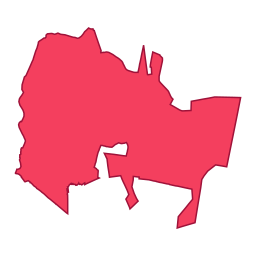 outline of El Oro, México, Mexico
{"feature_id": "50627088B36645453040308", "entity_name": "El Oro", "entity_type": "district", "adm_level": 2, "iso_a3": "MEX", "parent_name": "Mexico", "parent_adm1": "México", "projection": "robinson", "projection_center": [-100.072, 19.796], "detail": "fine", "context": "isolated", "style": "filled", "palette": "rose", "viewbox_px": 256, "rotation_deg": 0, "n_neighbors": 0, "source": "geoboundaries", "source_scale": "gbopen_adm2", "svg_char_len": 5543}
<svg xmlns="http://www.w3.org/2000/svg" viewBox="0 0 256 256"><path d="M240.6,97.6L233.6,97.4L215.3,97.0L215.1,97.0L214.6,97.0L208.5,98.2L203.2,99.1L197.9,100.1L191.3,101.3L191.0,110.5L182.7,110.9L181.4,110.7L179.5,109.9L174.9,107.2L170.2,104.5L173.0,99.2L171.8,98.0L170.9,96.7L170.5,95.9L168.5,91.5L168.1,90.9L167.2,89.9L160.7,83.0L159.4,81.4L159.1,80.3L159.1,76.3L162.3,61.5L162.5,60.0L162.4,58.0L159.6,55.1L159.7,54.9L152.8,52.0L151.5,58.5L150.4,64.8L150.2,67.0L151.3,67.3L151.7,74.1L148.2,74.7L147.5,74.6L145.4,59.2L143.6,45.2L143.2,47.3L143.1,47.8L143.0,48.3L142.8,49.0L142.3,51.6L142.1,52.4L141.5,55.3L141.1,57.5L140.6,59.9L140.0,62.7L139.7,63.7L139.3,66.2L139.0,67.8L138.0,72.4L137.5,72.3L136.1,72.4L135.5,72.4L133.9,72.3L131.5,71.6L130.0,71.1L128.1,70.5L127.1,70.0L126.1,69.2L125.4,68.3L124.1,65.6L123.8,65.0L122.9,63.3L122.8,62.8L122.6,62.4L122.2,61.8L121.6,61.0L120.3,59.9L119.9,59.5L119.6,59.2L118.5,58.4L118.1,58.1L117.5,57.7L116.8,57.3L116.4,57.1L115.3,56.3L112.8,54.5L112.2,54.2L108.8,52.4L106.8,52.0L106.3,52.0L104.8,52.3L103.9,52.5L103.7,52.3L102.4,52.5L101.9,52.6L100.8,52.7L100.7,51.8L101.0,51.3L101.1,50.8L100.9,50.1L100.4,48.7L99.0,44.7L98.0,41.8L97.0,38.8L96.9,38.6L96.0,35.9L95.3,33.8L95.1,33.1L94.9,32.5L94.7,31.9L94.4,31.2L94.3,30.5L93.4,30.3L93.0,28.9L91.8,29.0L90.4,28.9L88.6,28.0L86.4,30.2L84.7,31.7L83.0,34.3L81.3,36.3L78.9,38.0L77.4,38.3L76.1,37.8L75.0,37.4L73.4,37.3L71.6,36.8L65.0,34.8L60.7,34.3L57.9,33.1L54.8,34.3L53.0,33.8L52.0,33.5L50.9,33.5L48.6,33.7L47.5,33.8L46.7,34.4L46.1,35.1L46.0,37.1L45.2,38.0L44.0,38.0L41.9,39.5L39.4,41.1L38.5,42.0L38.4,42.4L38.2,43.8L37.0,48.0L35.7,51.1L34.2,55.9L33.4,58.4L33.2,59.4L31.9,62.2L30.4,65.7L26.0,75.6L24.4,77.0L23.8,79.1L22.1,84.8L21.9,89.5L23.5,92.3L22.8,93.7L22.2,94.6L21.8,95.3L20.3,97.3L19.4,98.9L18.9,101.7L19.9,105.1L21.4,107.5L22.8,109.8L23.5,111.5L24.0,113.3L24.0,116.2L23.0,118.7L21.5,121.6L20.6,121.4L19.2,122.9L18.6,124.8L18.8,125.7L19.2,127.5L22.2,133.7L23.6,136.2L24.4,138.2L25.2,139.8L25.4,141.2L24.5,143.8L22.7,147.9L21.5,147.9L20.9,149.3L21.0,150.3L20.7,152.3L20.8,153.7L20.8,154.1L20.5,154.5L19.8,154.8L19.8,156.2L19.8,156.7L19.7,157.4L20.1,157.9L20.1,158.3L20.0,158.9L19.6,159.3L19.6,160.2L20.5,162.9L20.8,165.3L21.0,166.4L20.3,167.9L19.9,168.5L17.9,169.3L16.9,169.2L16.1,171.5L15.4,173.1L15.7,173.5L16.0,173.6L16.9,173.7L17.6,173.8L18.5,174.1L19.3,174.5L20.9,176.0L21.4,176.5L21.5,176.9L21.3,176.9L21.3,177.1L21.9,177.8L22.7,178.9L23.6,180.0L24.3,181.1L25.0,181.8L27.3,181.0L28.3,180.7L30.3,182.2L30.2,182.6L30.7,182.7L31.8,183.6L33.9,185.9L36.1,187.4L36.7,188.4L38.0,189.2L39.4,190.2L40.9,191.3L41.5,191.9L41.8,192.2L42.5,192.7L44.2,194.0L48.1,197.7L50.1,199.2L51.8,200.6L55.8,203.9L55.9,204.1L56.0,204.3L56.4,204.3L56.6,204.5L58.6,206.2L64.3,211.0L66.3,212.7L67.7,213.7L67.7,211.0L67.7,202.0L67.7,200.4L67.6,194.8L67.3,194.6L67.4,193.6L67.4,193.4L67.5,193.1L67.6,192.5L67.6,192.2L67.5,191.8L67.4,191.8L67.3,191.0L67.1,190.4L67.2,189.8L66.9,188.9L67.4,188.7L67.5,188.5L67.6,189.2L67.9,190.8L68.2,192.0L68.5,192.8L67.9,187.7L67.7,187.3L67.6,186.9L68.2,186.9L69.3,184.9L71.2,183.3L71.9,183.5L71.4,183.9L71.2,184.2L71.2,184.3L72.0,184.4L72.3,184.2L72.4,183.9L72.6,183.8L72.6,184.0L72.8,184.3L73.3,184.2L73.7,184.1L74.0,184.2L74.1,184.5L74.7,184.4L75.3,184.4L75.5,184.5L75.7,184.8L75.8,185.2L76.2,185.1L76.6,185.2L76.9,185.0L77.2,185.0L77.3,184.8L77.9,184.3L78.7,183.5L78.8,183.2L78.9,183.4L79.0,183.7L79.3,184.0L79.4,184.3L79.7,184.4L79.9,184.3L80.2,184.2L80.7,184.2L80.9,184.3L81.1,184.5L81.8,184.9L82.3,184.5L83.4,183.8L83.5,183.6L84.7,182.9L84.8,184.6L86.1,183.9L87.4,183.3L88.7,182.7L89.1,182.5L90.3,182.0L90.8,181.7L91.6,181.4L92.6,180.9L93.7,180.4L94.8,179.9L95.9,179.4L99.2,178.0L97.8,177.3L97.9,175.5L98.0,173.7L98.1,172.3L98.2,171.0L98.1,170.3L96.9,169.5L96.4,168.7L95.4,168.0L94.2,167.3L94.9,165.1L95.1,164.1L95.9,161.9L96.1,160.8L96.6,158.1L97.7,153.7L98.2,152.0L99.0,150.3L99.4,148.9L99.6,148.3L100.0,147.6L100.8,145.4L102.6,145.5L103.7,145.9L105.0,146.1L106.3,146.6L107.8,146.7L109.2,147.0L110.1,147.1L112.0,147.2L112.6,146.7L113.5,146.1L113.9,145.7L114.4,145.2L114.8,144.9L115.1,144.7L115.4,144.5L118.2,143.1L118.5,142.8L118.8,142.8L119.2,142.9L119.6,143.1L119.9,143.2L120.5,143.4L120.9,143.5L121.5,143.6L122.0,143.5L122.4,143.5L122.9,143.4L123.5,143.3L124.2,143.2L124.8,143.1L125.1,142.9L126.4,142.5L126.9,143.4L127.2,143.9L127.4,144.4L127.7,145.0L127.9,145.8L128.0,146.5L128.0,147.2L128.0,148.0L127.8,149.2L127.5,150.4L127.3,151.7L127.0,152.8L126.8,153.4L126.6,154.4L126.3,155.6L126.2,156.0L123.3,155.7L114.1,154.4L108.8,153.8L104.3,153.3L105.5,155.7L106.3,157.5L107.0,158.8L107.9,166.3L108.9,172.7L109.2,174.7L109.5,177.2L111.6,176.9L116.1,176.3L120.7,175.7L122.0,179.1L123.3,182.0L124.7,184.9L127.2,190.3L128.8,194.5L127.9,196.1L127.4,196.9L125.9,199.1L129.5,207.3L130.0,208.9L134.1,205.0L138.1,201.1L137.4,200.0L136.8,199.0L136.4,198.3L134.1,193.3L131.9,186.8L133.2,180.0L133.3,176.4L139.2,177.1L139.1,178.8L148.9,179.8L149.6,179.9L150.0,180.1L150.3,180.1L153.4,180.9L155.3,181.2L156.1,181.3L156.2,181.5L160.3,182.5L160.8,182.5L167.0,183.9L169.0,184.1L169.4,184.5L175.7,185.9L177.5,186.1L186.6,188.1L187.5,188.2L187.6,188.3L189.0,188.6L189.3,188.7L190.5,188.8L190.9,189.0L191.2,189.0L191.9,189.2L192.5,197.3L192.6,199.3L189.0,203.6L185.5,208.0L181.9,212.3L178.3,216.7L177.2,228.0L182.7,226.3L189.5,224.3L195.0,222.7L197.7,206.0L200.7,187.9L201.8,179.5L204.0,175.9L207.7,171.1L215.6,164.9L221.1,165.8L226.7,166.8L228.3,158.9L231.4,143.6L234.5,128.3L237.6,112.9L240.6,97.6Z" fill="#f43f5e" stroke="#9f1239" stroke-width="1.5"/></svg>